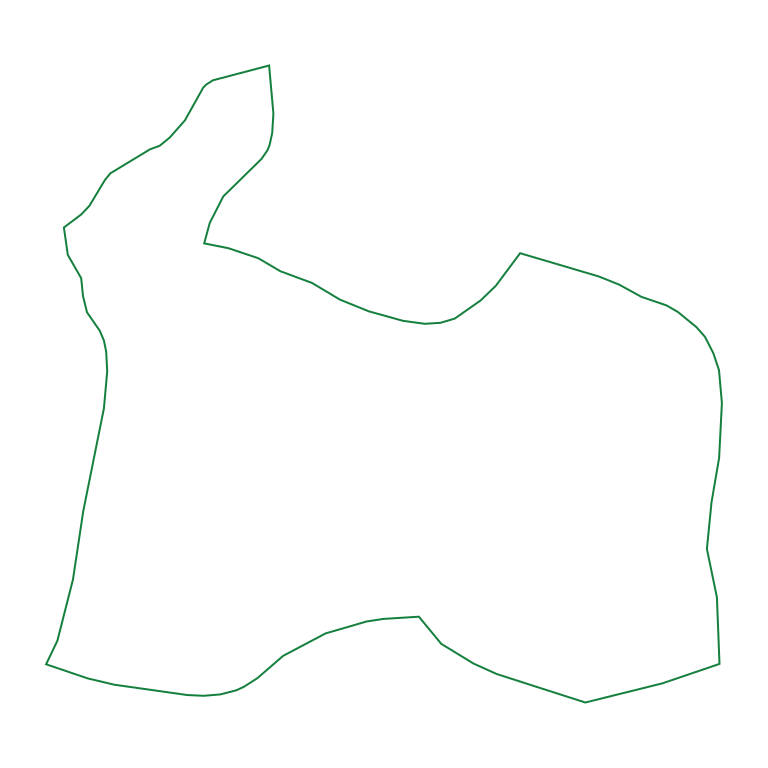 map outline of Darhan-Uul (Equal Earth projection)
{"feature_id": "MNG-3328", "entity_name": "Darhan-Uul", "entity_type": "Municipality", "adm_level": 1, "iso_a3": "MNG", "parent_name": "Mongolia", "parent_adm1": "", "projection": "equal_earth", "projection_center": [106.217, 49.455], "detail": "fine", "context": "isolated", "style": "outline", "palette": "green", "viewbox_px": 768, "rotation_deg": 0, "n_neighbors": 0, "source": "natural_earth", "source_scale": "10m", "svg_char_len": 1105}
<svg xmlns="http://www.w3.org/2000/svg" viewBox="0 0 768 768"><path d="M269.1,65.5L273.4,113.6L272.2,133.1L269.6,145.0L267.4,150.4L261.5,158.9L223.3,196.4L209.8,222.8L204.2,243.4L228.4,248.2L258.2,258.2L280.3,271.2L312.1,283.0L339.9,299.6L368.7,311.3L402.9,320.8L424.7,323.8L440.5,322.8L454.7,318.6L480.7,300.4L495.9,285.7L520.1,253.2L598.9,276.5L619.1,284.6L641.3,296.8L666.7,305.5L677.9,312.0L696.3,327.0L705.0,336.9L713.3,353.1L719.0,370.2L721.9,403.1L719.1,458.0L711.5,502.4L706.9,548.9L716.9,597.3L719.5,663.9L662.2,683.4L585.3,702.5L496.6,674.0L473.6,663.6L441.3,643.9L418.9,616.7L383.6,618.9L366.5,621.5L325.6,633.4L283.2,655.8L257.3,678.2L243.9,686.8L236.3,690.3L220.5,694.4L203.7,695.8L187.0,695.0L114.2,684.7L87.7,678.4L46.1,664.3L57.4,640.7L73.0,579.4L83.2,511.5L100.7,424.4L103.9,408.5L107.2,371.5L106.2,352.0L105.9,350.2L103.9,340.5L99.8,330.8L87.0,312.3L83.0,296.1L81.2,278.2L67.8,254.9L63.9,227.5L81.3,214.4L89.4,205.8L105.1,179.7L110.4,173.3L150.0,149.3L159.6,145.8L169.7,137.6L184.9,120.4L203.3,87.5L206.3,84.5L212.9,80.3L269.1,65.5Z" fill="none" stroke="#15803d" stroke-width="2"/></svg>